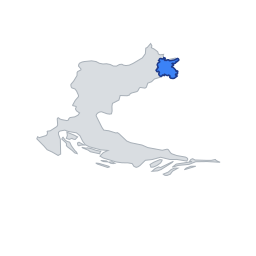 Vukovarsko-Srijemska on a map of Croatia (orthographic projection), rotated 325°
{"feature_id": "HRV-1605", "entity_name": "Vukovarsko-Srijemska", "entity_type": "County", "adm_level": 1, "iso_a3": "HRV", "parent_name": "Croatia", "parent_adm1": "", "projection": "orthographic", "projection_center": [18.849, 45.171], "detail": "fine", "context": "in_parent", "style": "filled", "palette": "blue", "viewbox_px": 256, "rotation_deg": 325, "n_neighbors": 0, "source": "natural_earth", "source_scale": "10m", "svg_char_len": 5774}
<svg xmlns="http://www.w3.org/2000/svg" viewBox="0 0 256 256"><g transform="rotate(325 128 128)"><path d="M48.9,83.3L49.8,85.0L56.9,87.3L58.5,86.6L59.5,85.4L59.6,84.6L60.2,84.4L62.7,85.7L70.5,86.0L72.1,85.2L75.3,79.9L76.3,79.5L76.9,79.7L77.3,81.4L78.3,82.9L82.1,86.8L83.5,87.3L85.0,86.4L86.5,86.2L90.7,88.3L94.3,88.8L97.0,87.9L95.8,85.0L95.7,83.4L95.9,82.2L97.8,81.0L97.7,80.4L95.6,78.0L95.8,77.5L100.7,75.1L105.4,73.9L106.2,72.8L107.1,68.1L106.9,65.5L105.1,63.1L105.0,61.9L105.5,60.6L106.3,59.5L110.4,58.4L116.3,55.8L118.2,53.3L119.3,52.9L122.6,53.4L123.3,52.8L123.0,49.0L123.6,48.1L125.3,47.1L128.2,47.6L130.5,48.6L136.7,52.1L139.9,55.2L141.7,58.6L144.2,61.2L147.3,63.1L149.8,65.7L151.6,68.9L154.1,70.7L157.5,71.1L159.6,72.3L160.4,74.0L162.2,75.7L165.0,77.2L169.2,78.0L180.0,78.8L184.8,77.1L188.4,72.8L190.0,73.1L195.0,71.8L194.7,74.4L193.2,75.6L194.7,78.3L196.1,82.6L195.3,84.8L196.3,86.5L199.4,88.1L198.5,88.6L197.8,90.1L197.7,92.7L200.2,95.1L206.7,97.8L208.7,99.9L208.7,100.9L208.3,101.5L203.3,101.7L201.4,100.6L201.2,102.4L199.4,102.9L200.4,109.3L200.0,111.2L199.3,111.8L197.9,111.5L197.5,112.1L197.8,113.4L196.0,113.6L193.1,112.9L191.8,111.7L191.5,109.2L190.6,107.3L188.3,105.3L183.5,104.9L177.8,103.0L173.8,103.6L169.9,102.6L166.5,105.1L164.8,105.1L161.4,101.9L160.4,101.7L157.4,103.2L156.2,103.3L151.3,101.5L149.5,101.2L148.2,101.8L145.8,101.1L140.2,96.9L136.6,99.9L129.4,98.9L127.3,101.0L124.7,105.0L122.6,106.9L120.9,106.1L119.0,104.3L115.6,99.5L113.8,98.6L111.7,98.4L109.9,98.8L108.9,99.7L107.0,112.3L106.9,115.8L110.7,119.3L115.2,125.1L116.7,125.8L117.4,127.7L119.5,137.9L121.7,141.5L129.7,150.0L133.0,155.4L143.3,165.9L147.9,167.8L148.6,168.8L148.6,172.8L149.1,174.3L152.1,178.5L158.4,184.8L159.1,186.2L159.3,187.2L158.9,188.0L157.2,188.8L150.0,181.8L144.3,177.9L138.0,170.7L129.5,167.6L123.7,164.4L116.2,165.6L113.8,165.5L112.1,164.9L110.9,162.9L111.0,159.5L107.7,156.3L103.2,153.1L98.9,149.1L90.5,138.4L88.9,135.0L93.5,134.0L98.7,134.9L93.2,130.3L85.6,121.3L83.4,117.1L83.3,112.7L84.2,106.8L83.0,102.4L77.1,96.6L75.0,93.5L70.6,91.5L68.6,91.6L67.3,93.7L66.1,98.4L57.9,110.7L55.0,110.4L52.1,104.2L49.3,99.4L48.8,94.6L47.1,84.6L48.9,83.3ZM181.5,203.9L181.6,205.3L183.8,208.9L173.6,200.9L164.0,194.4L157.1,192.8L147.8,187.5L141.8,185.5L146.8,185.2L161.1,192.3L159.5,190.5L161.6,189.8L163.4,190.3L164.5,192.6L172.6,198.7L177.7,202.3L181.5,203.9ZM72.0,118.4L71.7,119.9L70.1,117.9L69.4,114.4L67.6,108.7L67.4,107.1L68.6,105.6L68.6,104.1L67.4,99.1L68.7,98.4L69.5,98.3L69.6,101.7L70.2,103.7L72.1,106.2L71.4,110.1L71.5,115.8L72.0,118.4ZM81.6,106.4L78.1,107.1L76.6,105.5L76.2,104.3L73.4,103.7L71.5,101.1L74.0,99.4L75.5,96.4L79.8,102.9L81.6,106.4ZM134.6,175.3L130.1,175.3L126.2,174.5L124.3,173.2L125.1,170.5L129.4,170.8L136.0,172.2L137.6,173.7L137.1,174.3L134.6,175.3ZM146.1,181.3L144.1,181.6L131.4,181.0L127.7,180.1L122.8,177.2L127.0,176.8L130.8,177.5L131.9,179.0L146.1,181.3ZM90.9,132.0L90.1,133.0L83.5,125.8L82.8,123.5L79.6,118.6L79.1,117.3L82.1,120.5L83.3,120.9L86.2,124.0L89.0,128.0L92.4,131.5L90.9,132.0ZM130.4,186.0L135.7,187.2L139.6,186.8L143.1,187.5L145.8,189.5L139.7,188.9L136.1,190.1L132.9,189.3L131.7,188.5L130.8,187.4L130.4,186.0ZM90.2,148.2L90.5,149.2L88.7,148.7L82.2,139.9L81.5,138.2L83.9,140.3L90.2,148.2ZM79.7,111.5L82.3,116.8L79.8,115.1L77.5,114.4L77.1,113.2L78.0,111.3L79.7,111.5ZM157.7,195.5L161.6,198.2L150.2,194.5L152.7,194.2L157.7,195.5ZM95.4,146.4L97.1,149.4L95.4,148.7L93.6,146.9L92.6,144.9L95.4,146.4ZM91.6,142.8L92.0,144.2L88.6,141.4L87.1,138.9L91.6,142.8Z" fill="#d9dde1" stroke="#a8b0b8" stroke-width="1"/><path d="M187.9,105.9L187.7,105.8L187.5,105.5L187.3,105.2L187.1,104.7L186.8,104.4L186.6,104.4L186.2,104.7L185.8,104.7L185.4,104.6L185.2,104.6L184.7,104.8L184.1,103.9L183.9,103.3L183.9,102.8L183.9,102.5L183.9,102.2L184.0,101.7L184.8,100.7L185.0,100.8L185.3,100.8L185.4,100.7L185.6,100.4L185.6,100.2L185.7,99.9L185.7,99.4L185.6,99.2L185.4,98.9L184.4,98.7L184.2,98.7L184.0,98.3L184.1,97.2L184.1,96.8L184.3,96.7L184.6,96.5L185.8,96.4L185.9,96.2L186.0,96.0L186.1,95.9L186.3,95.8L187.3,95.9L187.5,95.7L187.5,95.3L187.5,95.1L187.5,94.9L187.6,94.7L187.9,94.5L187.9,94.4L188.0,94.2L188.0,93.2L188.3,92.8L188.6,92.6L189.2,92.3L189.7,92.0L191.7,92.1L192.0,91.9L192.2,91.5L192.2,91.3L192.1,91.0L192.1,90.9L191.8,90.6L191.8,90.4L191.8,90.2L192.0,90.2L192.8,90.0L193.0,89.9L193.3,89.6L193.6,89.5L193.8,89.5L194.1,89.5L194.4,89.6L194.7,89.9L194.9,90.0L195.0,90.2L195.1,90.4L195.1,90.5L195.6,90.9L195.6,91.0L195.8,91.1L195.9,91.3L196.0,91.4L196.3,91.5L197.2,91.3L197.7,90.9L198.0,91.3L198.5,92.0L198.2,92.6L197.5,92.7L196.9,93.0L197.0,93.8L197.5,94.1L197.8,94.2L198.0,94.5L198.4,94.8L199.1,94.8L199.4,94.9L199.9,95.0L200.3,95.4L200.3,95.8L200.5,96.6L202.0,97.5L203.0,97.9L204.8,98.8L205.6,99.0L208.0,99.3L208.6,99.5L208.9,100.3L208.8,101.2L208.5,101.5L208.4,101.6L206.0,101.8L205.9,101.7L205.7,101.3L205.3,101.3L205.2,101.5L205.0,101.8L203.9,102.0L203.3,101.9L202.7,101.7L202.4,101.4L201.9,100.7L201.6,100.5L201.0,100.6L201.2,101.2L201.5,102.0L201.4,102.6L200.8,102.7L199.3,102.6L198.9,102.9L198.9,103.3L199.1,103.6L199.4,103.9L199.6,104.1L199.8,104.6L199.9,105.0L200.0,105.9L200.2,107.1L200.3,107.5L200.2,107.9L200.1,108.3L200.0,108.8L200.0,109.2L200.3,109.5L200.9,109.3L201.2,109.6L201.3,110.1L201.1,110.4L200.8,110.6L200.5,110.7L200.1,111.5L199.8,111.8L199.5,112.0L199.1,112.0L198.5,111.4L198.1,111.2L197.4,111.7L197.5,112.4L198.1,113.6L197.8,113.7L196.9,113.7L194.6,113.8L193.7,113.5L193.2,113.2L192.6,112.7L191.6,111.7L191.3,110.6L191.5,110.2L192.1,109.7L192.2,109.4L192.2,109.2L192.0,108.9L191.9,108.8L191.9,108.6L191.9,108.3L191.8,108.1L191.7,108.0L191.5,107.9L190.7,107.8L190.4,107.7L190.0,107.3L189.0,105.2L188.9,105.0L188.7,104.9L188.4,105.1L188.3,105.3L188.2,105.5L187.9,105.9Z" fill="#3b82f6" stroke="#1e3a8a" stroke-width="1.5"/></g></svg>